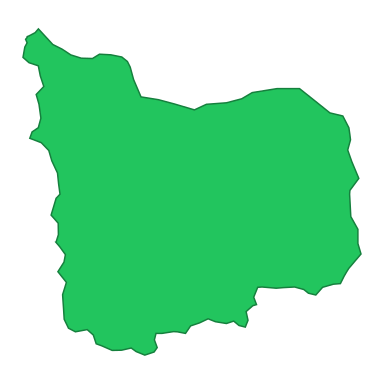 Eptagoneia, Limassol, Cyprus (orthographic projection)
{"feature_id": "46923920B90108910277465", "entity_name": "Eptagoneia", "entity_type": "district", "adm_level": 2, "iso_a3": "CYP", "parent_name": "Cyprus", "parent_adm1": "Limassol", "projection": "orthographic", "projection_center": [33.147, 34.845], "detail": "fine", "context": "isolated", "style": "filled", "palette": "green", "viewbox_px": 384, "rotation_deg": 0, "n_neighbors": 0, "source": "geoboundaries", "source_scale": "gbopen_adm2", "svg_char_len": 1593}
<svg xmlns="http://www.w3.org/2000/svg" viewBox="0 0 384 384"><path d="M25.6,39.3L27.1,42.8L24.8,47.1L23.0,57.4L29.0,62.7L38.3,65.8L40.3,75.9L43.8,86.5L36.2,94.5L39.0,104.3L40.9,118.2L38.3,127.7L32.1,131.9L29.8,138.3L41.3,142.7L48.8,150.5L51.8,160.8L57.5,173.0L58.6,183.8L60.0,194.2L56.1,198.3L55.2,201.4L53.6,206.8L51.1,215.1L52.7,216.9L58.2,223.2L58.4,234.7L56.1,242.0L55.8,242.1L59.7,246.7L65.4,254.6L64.0,262.1L57.9,271.7L66.4,282.4L62.6,294.7L63.6,309.5L64.2,319.3L67.6,326.3L68.5,328.2L75.4,331.8L87.2,329.6L93.3,335.0L96.2,343.8L101.7,345.8L112.2,350.4L121.6,350.2L131.2,348.0L136.2,351.6L139.7,353.0L144.8,355.1L154.1,352.0L157.2,347.6L154.4,339.9L156.0,333.4L161.9,333.4L173.5,331.6L177.3,331.8L185.5,333.4L190.6,325.9L199.5,322.9L208.1,318.8L215.4,321.7L226.4,323.5L233.7,321.1L239.0,325.5L245.3,327.1L248.0,320.3L246.1,311.6L252.8,305.7L256.5,304.6L253.7,297.2L257.7,287.3L262.0,287.0L276.2,288.2L283.5,287.6L294.6,287.0L299.7,288.4L303.8,289.5L308.4,293.2L315.8,295.0L322.6,287.3L333.3,284.2L340.4,283.6L344.1,276.2L346.6,271.9L348.7,268.5L361.0,254.0L357.9,243.5L357.9,229.3L350.8,216.6L349.6,194.1L349.9,190.4L358.8,178.4L351.7,161.4L347.7,150.0L350.5,139.8L349.9,134.9L348.9,127.8L344.0,118.3L342.8,116.0L329.9,112.9L314.2,100.3L299.5,88.6L277.1,88.6L252.2,92.6L241.7,98.8L226.4,102.8L206.4,104.3L194.4,109.9L174.5,104.0L158.5,99.7L141.0,96.9L133.6,79.6L130.2,67.1L127.4,61.5L121.8,57.0L110.8,54.8L99.5,54.2L92.5,58.5L81.3,58.2L70.8,54.9L62.0,49.1L52.8,44.5L38.4,28.9L35.1,32.7L28.8,36.0L27.2,36.6L27.3,37.2L25.6,39.3Z" fill="#22c55e" stroke="#15803d" stroke-width="1.5"/></svg>